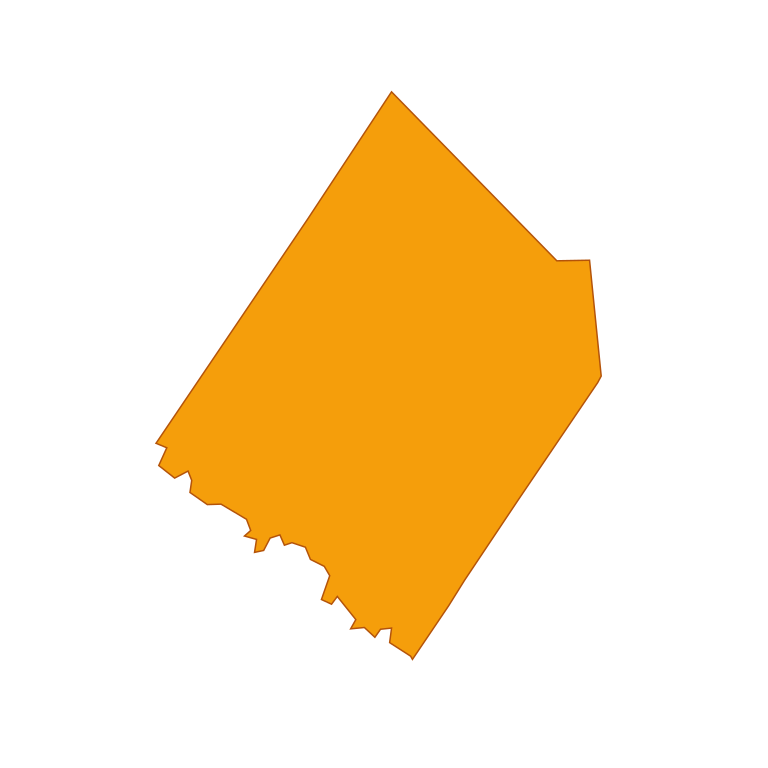 the district of Milam, Texas, United States of America, rotated 155°
{"feature_id": "52423323B14814081114413", "entity_name": "Milam", "entity_type": "district", "adm_level": 2, "iso_a3": "USA", "parent_name": "United States of America", "parent_adm1": "Texas", "projection": "robinson", "projection_center": [-96.814, 30.784], "detail": "fine", "context": "isolated", "style": "filled", "palette": "amber", "viewbox_px": 768, "rotation_deg": 155, "n_neighbors": 0, "source": "geoboundaries", "source_scale": "gbopen_adm2", "svg_char_len": 711}
<svg xmlns="http://www.w3.org/2000/svg" viewBox="0 0 768 768"><g transform="rotate(155 384 384)"><path d="M253.7,645.6L383.7,565.6L615.7,426.6L607.8,418.0L622.6,405.3L613.5,387.2L598.4,387.9L599.0,377.9L605.7,367.7L595.1,349.4L582.5,344.0L565.8,319.5L566.7,307.6L574.7,305.2L565.2,297.0L572.5,286.1L563.4,284.0L552.3,292.5L542.1,291.2L542.4,280.0L534.5,279.1L524.2,269.3L524.8,256.1L515.2,244.0L514.2,233.2L531.8,215.1L524.6,206.6L516.1,211.2L509.1,182.4L517.7,176.2L504.7,171.6L499.3,158.3L490.8,163.2L480.3,159.6L488.2,147.2L474.9,126.1L474.6,122.4L419.1,155.7L393.9,172.1L311.7,222.0L189.8,294.9L183.8,299.4L145.4,409.3L175.3,422.6L253.7,645.6Z" fill="#f59e0b" stroke="#b45309" stroke-width="1.5"/></g></svg>